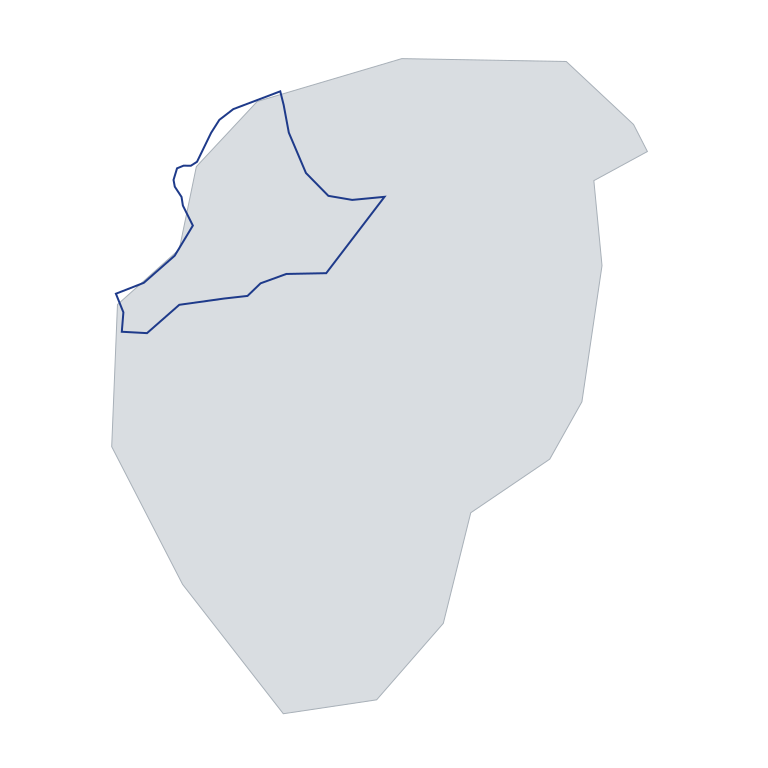 location of Grand Port within Mauritius, rotated 177°
{"feature_id": "MUS-5185", "entity_name": "Grand Port", "entity_type": "District", "adm_level": 1, "iso_a3": "MUS", "parent_name": "Mauritius", "parent_adm1": "", "projection": "albers", "projection_center": [57.689, -20.397], "detail": "fine", "context": "in_parent", "style": "outline", "palette": "blue", "viewbox_px": 768, "rotation_deg": 177, "n_neighbors": 0, "source": "natural_earth", "source_scale": "10m", "svg_char_len": 838}
<svg xmlns="http://www.w3.org/2000/svg" viewBox="0 0 768 768"><g transform="rotate(177 384 384)"><path d="M495.8,672.8L349.2,708.0L185.1,696.5L121.2,630.1L108.8,602.4L163.8,576.1L160.1,490.8L187.3,355.9L222.4,300.3L304.1,250.9L337.3,141.9L407.9,69.0L501.8,60.0L595.6,194.4L659.2,335.7L646.0,477.3L581.4,529.2L560.0,610.9L495.8,672.8Z" fill="#d9dde1" stroke="#a8b0b8" stroke-width="1"/><path d="M643.1,449.9L640.5,469.2L647.0,488.2L618.6,497.6L586.3,523.1L566.6,552.2L575.5,572.7L576.4,581.4L582.6,592.0L583.5,598.8L579.4,610.2L572.8,612.5L565.4,612.1L559.1,615.7L543.5,643.9L534.6,656.4L520.1,666.4L472.3,681.7L469.6,667.9L465.9,640.0L450.9,598.8L429.7,574.8L406.1,569.5L373.7,570.9L435.9,497.7L475.8,499.0L502.0,491.0L515.7,479.1L539.4,477.7L584.3,473.8L618.0,447.2L643.1,449.9Z" fill="none" stroke="#1e3a8a" stroke-width="2"/></g></svg>